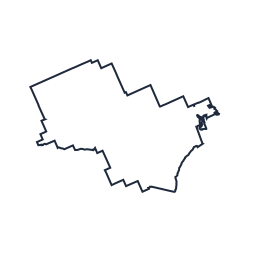 Benito Juárez, Sonora, Mexico (Natural Earth projection), rotated 246°
{"feature_id": "50627088B53965479624602", "entity_name": "Benito Juárez", "entity_type": "district", "adm_level": 2, "iso_a3": "MEX", "parent_name": "Mexico", "parent_adm1": "Sonora", "projection": "natural_earth1", "projection_center": [-109.898, 27.098], "detail": "fine", "context": "isolated", "style": "outline", "palette": "slate", "viewbox_px": 256, "rotation_deg": 246, "n_neighbors": 0, "source": "geoboundaries", "source_scale": "gbopen_adm2", "svg_char_len": 5319}
<svg xmlns="http://www.w3.org/2000/svg" viewBox="0 0 256 256"><g transform="rotate(246 128 128)"><path d="M152.2,39.1L148.7,39.1L148.0,42.0L147.5,41.9L147.2,42.8L147.3,42.8L147.5,45.4L147.2,45.8L146.7,46.3L146.4,46.5L146.3,55.8L138.4,55.7L138.6,56.7L138.1,57.3L137.3,58.0L136.9,58.4L135.6,60.3L134.5,61.2L134.5,67.6L134.5,70.6L129.4,70.7L129.1,71.4L128.5,73.0L128.2,76.4L127.4,77.8L127.0,78.4L126.4,79.0L126.0,79.4L125.8,79.9L125.3,81.9L123.0,85.6L121.9,87.2L122.4,87.6L122.1,88.1L122.4,88.4L123.2,89.8L117.6,89.7L117.6,95.5L105.0,95.6L98.9,95.6L98.9,89.7L97.7,89.8L95.4,89.9L82.5,89.8L82.6,95.6L82.6,99.4L82.6,102.6L75.7,102.6L75.7,105.8L75.6,115.3L63.9,115.3L63.9,122.4L64.3,122.5L64.5,122.4L65.0,122.3L64.8,123.0L64.9,123.5L65.0,123.8L65.2,124.0L65.4,124.2L65.2,124.7L64.6,125.7L64.7,125.8L64.5,126.1L60.1,131.9L58.8,133.7L58.6,134.0L57.4,135.5L52.2,142.4L50.8,144.4L50.8,144.8L50.9,145.2L51.4,145.6L51.5,145.8L51.8,146.0L52.0,146.0L52.3,146.1L52.5,146.4L52.8,147.0L53.3,147.3L53.4,147.5L53.8,147.7L54.0,147.8L54.6,148.1L55.1,148.2L55.9,149.0L56.3,149.1L57.3,149.5L57.8,149.8L58.1,149.8L58.6,150.1L59.1,150.5L59.9,150.7L62.1,150.9L62.7,151.0L63.0,151.1L63.3,151.2L63.9,151.3L64.0,152.1L64.3,152.9L64.5,153.4L64.8,153.9L65.2,154.2L66.1,154.5L66.2,154.8L66.6,155.2L66.9,155.3L67.4,156.0L67.6,156.2L68.3,156.8L68.7,157.4L69.5,157.9L69.7,158.0L69.9,158.1L70.3,158.4L70.8,158.6L71.0,159.2L71.3,159.6L71.7,160.2L72.1,160.6L72.8,161.6L73.0,161.9L74.0,162.5L74.3,163.0L74.7,163.6L75.2,164.3L75.3,164.9L75.6,165.3L75.9,165.6L76.2,166.0L76.3,166.4L76.7,166.8L76.9,167.2L77.0,167.6L77.3,167.9L77.5,168.0L77.8,168.1L78.7,170.9L78.7,171.7L78.8,172.1L78.9,172.4L79.1,172.7L79.6,173.1L79.9,173.6L80.4,174.6L80.9,175.4L81.3,176.0L81.5,176.8L81.7,177.4L81.9,178.1L82.3,178.7L82.4,178.8L82.8,179.4L83.1,179.6L83.4,180.0L83.8,180.5L83.8,180.8L83.7,181.4L83.8,182.2L83.8,182.6L83.7,183.5L83.5,183.8L83.1,183.9L82.6,183.8L82.2,183.8L83.2,189.8L83.3,189.7L83.5,189.7L100.7,190.9L100.5,191.1L100.6,191.3L100.8,191.5L100.9,191.4L101.0,191.4L101.2,191.7L101.4,191.8L101.5,192.0L101.5,192.5L101.6,193.1L101.5,193.6L100.9,194.6L100.7,194.9L100.5,195.2L100.8,195.3L101.1,195.4L101.5,195.3L101.9,195.3L102.0,195.7L102.7,195.9L102.9,195.5L103.1,195.5L103.3,195.7L103.6,195.7L103.9,195.9L104.1,195.9L104.3,195.9L104.7,196.1L104.8,196.2L105.0,196.1L105.4,196.3L105.6,196.4L106.2,196.7L106.4,196.9L106.8,197.1L107.2,197.1L107.7,197.1L107.9,197.1L108.1,197.2L108.3,197.3L108.4,197.2L108.5,197.2L108.9,196.7L109.5,196.4L110.0,196.2L110.1,196.3L110.3,196.4L110.5,196.4L110.6,196.5L110.8,196.4L111.0,196.4L111.3,196.3L111.5,196.3L111.5,197.0L111.4,197.1L110.9,197.2L110.7,197.2L110.6,197.4L109.6,198.0L109.4,198.1L109.1,198.0L108.8,198.2L108.7,198.3L108.6,198.6L108.5,199.0L108.4,199.2L108.1,199.4L105.8,198.2L105.4,199.4L104.0,198.9L103.1,197.8L102.1,197.0L101.2,197.2L101.1,196.9L100.7,196.8L100.6,196.7L100.3,196.5L100.1,196.4L99.8,196.1L99.6,195.7L99.4,194.9L99.5,194.2L99.6,193.9L99.0,193.3L98.8,193.2L98.4,193.2L98.2,193.2L97.6,193.6L97.4,193.5L97.2,193.6L96.7,194.1L96.6,194.6L96.4,194.9L96.3,195.2L96.4,195.4L96.6,195.5L96.4,195.7L96.4,195.9L96.4,196.2L96.2,197.3L95.3,199.1L95.6,199.3L96.3,199.3L96.5,199.4L98.2,199.4L99.6,199.5L99.9,199.4L100.2,199.4L100.7,199.5L101.4,199.8L101.7,200.0L101.8,199.7L105.0,200.7L106.2,200.7L107.9,201.5L107.5,201.9L107.5,202.0L107.6,202.3L107.8,202.3L108.0,202.3L108.4,202.4L108.6,202.6L108.6,202.8L108.4,202.9L108.1,203.3L107.5,203.3L107.4,203.4L107.4,203.5L107.6,203.5L107.8,203.7L107.9,203.8L108.0,203.9L108.0,204.1L108.2,204.3L108.3,204.2L108.4,204.5L108.3,204.8L108.2,204.7L108.0,204.8L107.8,204.8L107.6,204.6L107.4,205.0L107.4,204.6L107.5,204.5L107.7,204.4L107.4,204.1L106.7,204.3L106.6,204.2L106.5,204.3L106.1,204.2L105.8,204.3L105.8,204.2L105.7,204.2L105.4,204.0L105.1,204.0L105.0,203.8L104.8,203.7L104.7,203.7L104.8,203.8L104.9,204.2L105.1,205.2L105.2,207.5L105.2,211.1L105.3,211.9L105.4,212.1L105.3,212.4L105.4,212.8L105.5,213.0L105.8,213.5L106.3,213.4L106.5,213.3L106.5,213.2L107.5,213.2L107.3,213.3L107.1,213.6L107.0,214.1L106.8,214.4L106.6,214.3L106.1,214.4L105.8,214.6L105.6,214.6L105.2,214.5L104.4,214.1L104.2,214.1L103.9,214.9L103.6,215.8L103.5,216.5L103.9,216.9L104.1,216.7L104.2,216.4L104.8,216.3L105.2,216.3L105.3,216.2L105.3,215.9L105.4,215.7L105.7,215.7L105.9,215.8L106.0,215.6L106.3,215.6L106.4,215.2L106.5,215.2L106.8,215.1L107.1,215.3L107.2,215.5L107.1,215.9L106.9,216.0L107.1,216.3L107.3,216.2L107.9,215.9L108.4,215.8L108.8,215.8L109.0,215.8L109.1,215.7L109.5,215.5L110.0,215.1L110.1,214.9L110.2,214.7L110.5,214.7L110.7,214.8L111.2,215.2L111.3,215.6L112.6,214.9L113.3,210.7L115.0,210.7L115.0,210.3L115.8,210.2L115.8,211.8L114.8,211.3L114.7,213.6L122.6,213.7L122.5,209.7L122.3,206.5L122.3,202.6L122.6,202.3L122.6,197.6L120.3,197.4L122.7,197.2L122.7,191.4L134.5,191.4L134.4,172.3L134.5,169.2L134.5,166.2L134.7,165.8L158.1,166.0L158.1,159.7L158.0,140.7L161.6,140.7L161.6,139.3L181.7,139.3L181.8,139.4L184.2,139.4L193.6,139.3L193.5,127.9L202.2,127.9L202.2,121.5L205.1,121.5L205.0,118.5L205.1,111.8L205.1,102.7L205.2,102.4L205.2,89.8L205.2,74.6L205.2,64.4L205.2,55.5L202.1,55.6L193.5,55.6L193.4,55.6L185.4,55.6L185.1,55.4L184.9,55.4L178.8,55.4L169.9,55.5L169.7,55.7L169.8,51.9L158.1,51.9L158.0,50.8L158.0,45.5L152.2,45.4L152.2,39.1Z" fill="none" stroke="#1e293b" stroke-width="2"/></g></svg>